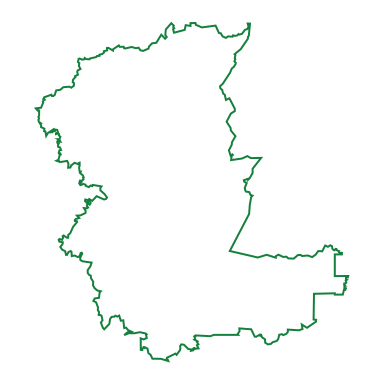 Ruapehu District, Manawatu-Wanganui, New Zealand (Natural Earth projection)
{"feature_id": "76426892B73257627899839", "entity_name": "Ruapehu District", "entity_type": "district", "adm_level": 2, "iso_a3": "NZL", "parent_name": "New Zealand", "parent_adm1": "Manawatu-Wanganui", "projection": "natural_earth1", "projection_center": [175.226, -39.089], "detail": "fine", "context": "isolated", "style": "outline", "palette": "green", "viewbox_px": 384, "rotation_deg": 0, "n_neighbors": 0, "source": "geoboundaries", "source_scale": "gbopen_adm2", "svg_char_len": 5783}
<svg xmlns="http://www.w3.org/2000/svg" viewBox="0 0 384 384"><path d="M56.2,90.4L54.7,95.0L53.3,96.0L51.9,96.0L51.4,94.7L44.2,97.3L43.9,98.4L44.6,99.5L43.4,99.5L43.8,100.3L42.8,101.6L43.2,102.5L41.1,107.7L35.8,108.4L37.0,109.8L39.0,110.4L38.5,111.3L39.1,111.7L39.1,115.6L38.4,116.9L39.1,118.4L38.4,119.9L38.9,121.9L40.9,123.3L40.1,123.7L41.1,125.2L41.1,127.1L44.4,128.7L44.1,131.1L45.4,131.4L46.2,135.9L48.0,132.9L50.9,131.1L51.8,131.4L50.9,132.3L52.1,132.2L52.3,130.0L53.5,129.3L53.5,131.4L54.9,131.1L55.2,129.6L57.2,129.9L58.0,132.4L56.0,133.3L56.0,134.1L57.8,133.5L59.1,134.1L58.9,135.4L60.4,136.8L59.5,139.1L57.9,139.2L59.6,140.1L60.4,141.5L57.8,140.9L57.2,141.7L57.4,142.9L58.9,143.3L57.9,145.1L58.3,147.0L60.0,147.4L61.0,150.0L59.4,150.4L58.7,153.0L59.3,153.9L60.3,153.5L60.7,154.5L59.6,155.5L58.4,159.9L56.5,160.7L58.1,161.4L58.8,160.7L60.0,162.1L67.2,160.9L68.5,164.0L68.1,167.7L70.4,167.5L71.1,165.5L74.6,162.8L77.5,163.9L79.6,162.7L79.7,163.6L78.2,164.0L79.7,165.4L79.1,167.5L79.6,171.6L80.8,171.6L80.1,173.1L82.9,175.4L83.7,177.4L83.0,177.9L83.5,179.2L82.2,180.6L80.9,180.6L81.2,181.5L79.9,180.9L79.4,182.6L80.4,183.1L79.5,183.8L80.4,185.1L83.6,184.0L85.5,184.7L85.8,185.9L88.9,187.1L90.4,185.6L92.3,186.1L92.6,184.9L101.5,186.4L100.3,188.2L100.4,190.4L104.6,194.1L107.0,197.5L106.2,198.8L104.1,199.5L96.6,196.2L92.2,200.9L89.2,199.0L88.7,199.7L90.7,203.1L89.7,204.7L88.1,203.7L87.7,200.0L85.3,199.5L85.0,201.0L87.5,203.6L86.8,205.9L88.1,207.5L87.1,208.3L84.0,208.1L85.7,211.0L85.5,213.0L80.4,215.4L77.0,215.6L79.2,218.0L75.9,219.0L74.8,220.1L74.9,221.0L76.9,221.2L77.1,222.0L73.1,226.8L70.2,233.3L68.2,235.0L68.2,237.7L67.1,237.8L63.6,235.5L62.7,236.1L63.1,237.5L62.1,239.8L59.5,239.0L58.7,239.7L59.3,241.6L62.8,242.3L62.6,244.0L60.3,246.9L62.1,249.6L65.2,251.2L66.0,254.9L67.0,254.9L68.4,252.1L70.7,251.1L71.5,251.8L71.8,256.1L74.7,255.5L77.8,257.1L79.8,255.9L80.6,253.1L81.7,252.7L82.2,253.6L80.1,258.0L80.5,260.2L82.6,261.3L91.6,262.6L90.4,266.3L87.7,270.1L87.7,272.9L88.9,274.7L90.8,275.7L91.0,278.2L93.2,281.7L93.0,285.3L94.7,288.3L97.3,290.5L100.8,291.3L99.6,292.7L99.0,297.8L94.8,298.4L93.4,300.9L96.1,302.3L98.0,307.4L97.8,310.1L99.1,312.1L98.7,314.9L100.7,315.1L101.7,316.2L102.5,320.3L100.9,322.5L102.9,327.9L104.2,329.3L109.3,324.0L110.1,318.9L111.6,316.9L114.6,316.6L115.3,315.7L117.4,316.6L119.2,315.6L120.8,320.7L123.3,320.3L124.2,328.0L126.0,327.6L128.2,330.2L131.1,331.5L127.5,332.3L124.2,335.1L128.8,333.2L134.2,333.3L139.9,332.2L145.8,333.5L146.7,334.4L146.0,335.0L146.8,338.0L143.7,339.4L140.7,338.4L140.8,349.9L142.1,350.0L141.7,348.5L144.0,348.2L143.8,347.1L144.8,347.2L147.5,348.6L148.4,353.2L150.6,354.8L152.4,358.7L160.8,358.8L168.3,361.0L167.9,360.0L167.0,360.6L166.3,360.0L167.0,357.7L175.5,353.6L176.6,354.8L179.9,350.3L180.4,348.5L180.1,346.1L181.2,344.4L183.9,344.7L188.3,349.0L191.1,349.4L190.9,350.8L192.8,350.4L192.4,349.4L193.5,349.3L193.0,348.8L194.2,347.9L195.5,348.7L198.5,348.4L196.9,345.2L198.4,344.3L197.0,342.1L197.6,341.4L194.4,339.6L195.1,339.2L194.6,337.4L195.4,336.4L194.6,336.1L195.5,335.4L210.4,336.2L213.7,334.9L238.2,334.9L237.6,334.2L239.6,331.1L239.3,328.4L251.2,329.3L254.7,336.6L256.0,336.8L259.9,334.6L260.3,335.7L261.3,335.1L261.9,337.2L265.0,339.3L265.2,342.7L268.0,344.4L270.9,343.9L272.6,342.2L276.7,341.0L278.2,339.1L279.3,334.7L281.9,334.2L283.2,335.1L286.3,333.9L287.9,331.8L287.8,329.6L299.1,330.3L302.5,329.0L301.8,324.5L307.0,327.8L315.9,321.7L316.1,319.8L313.6,319.5L314.0,293.8L334.8,293.3L334.8,294.6L342.8,294.6L344.0,289.7L345.3,289.9L345.9,288.3L344.4,287.8L344.4,286.2L345.3,285.9L344.1,284.7L344.3,283.4L345.4,283.5L346.3,282.6L345.7,280.5L346.9,279.8L346.0,279.3L346.0,277.4L346.6,276.8L347.8,277.4L348.2,276.0L334.8,276.1L334.8,254.4L341.9,254.4L342.0,252.9L339.7,252.8L338.8,252.0L339.1,251.2L336.8,250.2L336.4,249.0L335.6,248.9L334.6,250.3L333.5,250.0L332.4,248.7L332.0,246.2L330.3,245.3L327.9,246.8L325.2,245.5L322.2,251.3L318.2,251.1L315.7,254.6L312.2,257.1L307.9,255.5L302.1,256.0L300.6,254.9L297.8,255.1L293.8,258.6L288.3,258.4L286.5,256.7L283.0,256.9L278.5,254.7L275.8,256.2L275.8,257.7L266.7,254.8L257.8,257.5L229.8,251.0L249.1,214.0L249.8,204.8L251.2,197.0L252.5,195.7L250.5,194.9L249.3,192.1L246.0,191.6L245.2,190.2L244.8,187.8L246.7,183.1L244.2,181.6L243.9,180.2L248.5,178.6L248.3,179.6L249.5,178.5L252.6,173.0L252.6,168.8L261.1,157.9L250.9,158.1L247.3,156.1L242.1,158.5L231.1,160.1L231.7,155.6L232.8,154.9L232.3,154.4L230.6,155.7L228.9,150.3L231.7,144.9L232.0,142.2L235.5,136.2L230.8,130.4L230.6,127.9L226.6,121.7L230.9,113.5L234.8,111.1L234.8,108.7L229.4,98.3L225.9,99.9L224.8,94.8L223.1,93.5L222.2,89.9L220.4,88.4L220.0,86.3L222.8,83.7L230.0,72.8L231.8,68.5L233.8,66.9L235.5,64.2L235.8,62.9L234.4,61.3L235.3,59.1L234.8,58.3L235.4,55.1L234.6,54.2L240.7,49.2L247.9,38.7L247.9,37.1L248.8,35.8L250.0,23.6L247.7,23.5L248.5,26.7L247.4,29.0L245.0,29.8L242.0,33.8L239.2,34.6L238.5,34.1L237.3,35.4L235.0,35.9L233.1,35.3L232.6,36.7L228.0,36.4L225.9,37.9L222.6,36.4L220.7,33.2L219.0,33.1L215.6,25.6L201.9,27.4L195.8,24.8L195.5,23.0L190.5,23.1L190.5,25.9L185.7,25.2L184.7,29.9L174.0,32.7L173.1,29.2L174.2,28.2L173.2,27.0L173.8,25.7L171.3,23.2L165.8,29.5L165.3,35.0L166.7,37.0L165.1,38.7L161.3,34.7L156.3,42.8L152.1,43.3L149.0,46.5L148.5,48.6L143.2,50.9L140.4,50.3L138.6,47.7L135.9,48.2L131.6,47.0L125.0,48.5L124.1,48.2L123.7,46.8L119.6,46.8L118.8,45.4L112.8,49.5L112.9,50.5L108.2,47.8L107.0,48.0L107.1,50.4L103.9,51.2L104.1,52.4L102.3,54.0L99.4,54.7L99.5,55.8L96.8,56.1L96.1,57.1L90.1,58.4L89.6,59.3L86.1,59.1L84.7,58.0L84.2,59.3L82.3,59.7L79.6,58.5L78.6,58.9L78.0,62.1L79.3,63.1L78.9,66.0L80.5,69.0L77.7,70.4L77.2,71.9L77.9,74.7L75.0,76.2L75.4,77.1L73.1,79.6L72.7,82.2L73.9,83.0L73.9,85.7L71.3,87.7L69.4,86.7L63.3,87.2L60.3,89.8L56.2,90.4Z" fill="none" stroke="#15803d" stroke-width="2"/></svg>